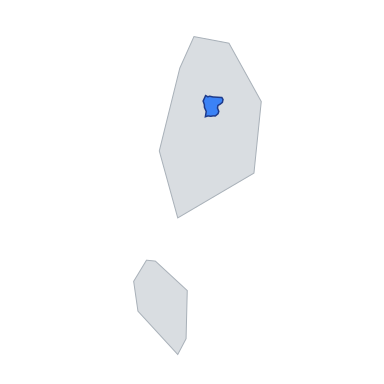 Qormi on a map of Malta (Robinson projection), rotated 240°
{"feature_id": "MLT-5945", "entity_name": "Qormi", "entity_type": "state/province", "adm_level": 1, "iso_a3": "MLT", "parent_name": "Malta", "parent_adm1": "", "projection": "robinson", "projection_center": [14.465, 35.875], "detail": "fine", "context": "in_parent", "style": "filled", "palette": "blue", "viewbox_px": 384, "rotation_deg": 240, "n_neighbors": 0, "source": "natural_earth", "source_scale": "10m", "svg_char_len": 685}
<svg xmlns="http://www.w3.org/2000/svg" viewBox="0 0 384 384"><g transform="rotate(240 192 192)"><path d="M325.6,271.4L302.4,298.4L235.7,297.2L177.4,255.1L176.7,166.7L243.9,184.2L305.4,243.4L325.6,271.4ZM150.5,125.7L109.0,138.6L67.9,113.5L58.4,98.4L115.8,85.6L143.8,96.8L155.7,118.5L150.5,125.7Z" fill="#d9dde1" stroke="#a8b0b8" stroke-width="1"/><path d="M254.4,263.1L254.0,260.4L254.0,257.7L251.9,256.0L248.4,255.5L246.8,253.7L246.2,250.3L247.4,248.3L248.2,246.1L249.9,243.9L250.5,241.2L254.6,244.6L259.1,245.1L261.5,246.4L265.2,247.1L268.7,252.0L266.5,253.3L266.1,255.2L263.8,257.7L258.9,265.1L256.6,265.1L254.4,263.1Z" fill="#3b82f6" stroke="#1e3a8a" stroke-width="1.5"/></g></svg>